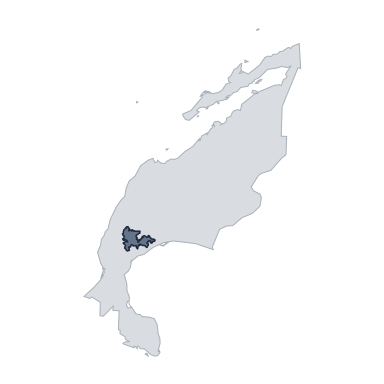 Mexico, with Puebla highlighted, rotated 92°
{"feature_id": "MEX-2724", "entity_name": "Puebla", "entity_type": "State", "adm_level": 1, "iso_a3": "MEX", "parent_name": "Mexico", "parent_adm1": "", "projection": "mercator", "projection_center": [-97.844, 19.359], "detail": "fine", "context": "in_parent", "style": "filled", "palette": "slate", "viewbox_px": 384, "rotation_deg": 92, "n_neighbors": 0, "source": "natural_earth", "source_scale": "10m", "svg_char_len": 8798}
<svg xmlns="http://www.w3.org/2000/svg" viewBox="0 0 384 384"><g transform="rotate(92 192 192)"><path d="M39.9,90.0L65.0,87.7L63.9,90.3L103.5,104.9L133.1,104.8L133.1,99.3L151.5,99.4L154.7,103.3L167.6,113.9L170.7,122.7L173.0,126.1L184.9,133.0L188.8,130.4L191.7,123.9L195.3,122.5L203.9,123.6L211.1,130.8L215.9,141.0L224.2,150.2L224.7,156.0L228.3,163.1L246.4,169.8L248.8,168.8L243.4,186.9L241.6,208.4L242.4,212.9L247.1,219.0L246.1,222.3L246.4,219.0L242.5,213.8L243.7,218.6L248.4,228.5L256.1,238.0L257.8,243.8L263.1,249.8L261.7,249.6L264.7,251.1L263.8,250.2L269.4,250.9L273.4,253.0L276.9,256.8L286.4,253.9L293.4,253.5L298.0,251.2L302.9,250.8L303.9,251.6L303.6,252.8L307.5,253.6L310.2,251.8L309.5,248.7L308.2,249.5L308.5,248.9L315.8,243.7L316.3,239.5L318.4,237.1L318.5,230.3L319.9,225.3L325.5,222.3L335.3,220.7L339.6,219.0L344.4,218.6L352.3,220.4L353.0,219.2L350.9,219.2L353.6,218.4L356.8,220.7L357.3,223.7L355.7,227.8L350.5,234.0L350.3,238.1L347.8,240.6L348.2,241.5L350.5,241.2L348.1,243.7L348.1,244.8L349.7,244.5L346.5,254.7L345.7,255.7L344.1,253.3L343.7,249.5L341.4,253.5L339.0,253.8L336.1,259.0L332.6,259.0L332.3,260.7L313.2,260.7L313.2,266.9L308.8,266.8L319.2,276.3L318.9,279.7L305.4,279.8L300.5,288.4L301.9,290.6L300.2,296.3L290.5,286.5L282.6,280.0L277.8,277.4L277.3,278.1L281.7,280.3L274.8,278.3L275.3,276.8L273.5,277.4L272.3,276.0L271.1,277.5L273.4,278.3L269.9,278.6L266.4,280.8L255.5,284.3L248.4,281.5L242.5,280.9L238.5,278.3L234.5,277.2L231.9,274.7L222.2,272.7L210.1,267.4L202.3,262.5L198.9,259.1L190.8,258.0L183.0,255.1L178.1,249.5L167.4,244.2L161.7,236.8L159.7,232.2L164.0,230.1L163.3,228.1L161.4,227.5L164.2,224.0L164.5,219.9L162.2,218.4L159.9,214.3L160.0,210.5L158.4,207.0L152.0,200.6L146.5,192.8L137.8,186.0L140.3,187.3L140.4,185.8L135.8,184.4L132.4,179.0L134.8,179.2L128.1,175.5L127.1,173.7L124.6,174.4L124.2,173.5L126.1,171.4L122.8,173.1L120.9,171.5L120.4,168.0L122.8,164.8L123.7,165.4L122.0,162.1L119.8,160.0L117.0,160.1L115.0,155.7L111.5,154.7L109.4,152.9L108.0,149.0L108.9,146.5L102.7,145.3L91.8,132.7L91.2,129.7L89.6,128.8L82.4,113.1L81.8,108.2L82.6,106.6L76.5,104.6L75.1,102.0L73.1,101.1L71.0,102.6L62.8,97.8L64.3,100.9L63.4,106.9L65.2,111.7L66.8,120.7L75.2,128.6L77.8,133.8L79.1,133.6L79.7,135.2L80.9,135.4L82.1,138.8L84.4,139.8L85.8,146.9L90.1,150.5L91.5,154.5L93.5,155.7L94.9,160.4L96.7,161.6L95.6,158.1L98.0,160.1L100.9,170.8L103.6,173.8L107.2,181.5L106.7,184.7L107.5,187.5L110.6,190.3L111.7,187.5L120.5,197.4L119.7,201.0L116.3,203.7L114.4,204.0L110.6,195.9L96.8,185.0L95.6,185.2L92.7,181.8L92.2,179.4L92.9,174.3L91.7,169.4L89.6,165.8L82.8,161.5L81.4,157.3L80.2,159.1L76.8,159.9L74.3,157.0L67.9,154.1L66.9,151.6L62.2,148.0L61.8,146.7L66.6,147.4L69.5,146.4L69.4,147.5L71.9,148.7L70.9,145.8L69.8,145.6L72.1,139.8L62.8,128.8L55.1,123.9L53.7,121.4L53.6,117.3L51.7,115.9L51.0,111.2L48.6,109.2L48.2,106.3L44.8,101.9L44.1,99.8L45.2,98.4L42.8,96.6L39.9,90.0ZM91.4,132.9L90.6,135.7L88.1,134.8L89.1,130.5L90.5,130.1L91.4,132.9ZM81.4,132.3L77.9,129.3L76.9,126.1L78.7,127.1L79.1,128.9L80.9,129.4L81.4,132.3ZM355.6,233.2L354.7,232.3L355.2,231.1L357.4,230.1L355.6,233.2ZM92.9,185.2L90.4,182.4L91.8,176.6L91.5,181.8L92.9,185.2ZM60.4,144.0L58.4,143.6L59.7,140.5L60.6,142.8L60.4,144.0ZM28.2,133.7L26.6,131.6L26.9,130.7L27.5,130.8L28.2,133.7ZM95.0,185.2L96.5,187.4L93.4,185.3L95.0,185.2ZM151.0,218.5L150.7,219.5L149.9,219.1L149.6,217.5L151.0,218.5ZM108.2,179.4L108.8,181.2L107.1,179.0L108.2,179.4ZM102.1,167.9L103.0,168.6L101.6,170.2L102.1,167.9ZM104.9,250.5L104.2,250.7L103.3,250.1L104.1,249.2L104.9,250.5ZM306.3,250.8L304.6,251.2L307.5,250.3L306.3,250.8ZM116.6,189.3L115.7,189.1L115.6,187.5L116.6,189.3Z" fill="#d9dde1" stroke="#a8b0b8" stroke-width="1"/><path d="M233.2,247.4L233.2,247.1L233.1,246.9L233.1,246.7L233.1,245.8L233.2,245.7L233.3,245.5L233.2,245.0L233.1,244.4L232.9,243.7L232.9,243.3L233.0,243.0L233.0,242.8L233.1,242.6L234.2,242.8L234.5,242.8L234.6,242.7L234.8,242.6L235.0,242.8L235.1,243.2L235.3,243.6L235.4,243.8L235.5,243.9L235.6,244.0L235.9,244.2L236.0,244.4L236.2,245.0L236.3,245.1L236.5,245.3L236.8,245.5L237.3,245.8L237.7,246.4L237.9,246.5L238.1,246.4L238.3,246.3L238.5,246.2L238.8,246.1L239.0,245.9L239.4,245.3L239.7,245.4L240.7,245.9L240.9,245.9L241.1,245.8L241.5,245.5L241.5,245.3L241.4,245.1L241.2,244.9L241.1,244.7L241.3,244.5L241.5,244.4L241.7,244.2L242.3,244.4L242.6,244.4L242.8,244.3L243.1,244.5L243.4,244.5L243.7,244.3L243.9,244.1L244.0,243.8L243.9,243.6L243.7,243.5L243.4,243.5L243.2,243.5L243.1,243.4L242.9,243.2L242.4,242.7L242.2,242.6L241.9,242.6L241.7,242.8L241.5,242.7L241.4,242.5L241.4,242.3L241.2,242.3L241.2,242.2L241.4,242.0L241.5,241.9L241.6,241.6L241.3,241.4L240.8,241.3L240.5,241.2L240.4,241.1L240.1,240.8L239.9,240.7L239.6,240.6L239.6,240.3L239.6,240.0L239.5,239.7L239.3,239.5L239.2,239.7L239.2,240.0L238.8,240.2L238.4,240.2L238.1,239.8L237.9,239.4L237.4,238.5L237.3,238.2L237.5,237.7L237.8,237.2L238.1,236.9L238.2,236.5L238.3,236.2L238.7,235.8L238.9,235.6L238.9,235.4L238.6,235.0L238.6,234.6L238.5,234.2L238.2,234.1L237.9,234.1L237.4,234.3L237.3,234.2L237.1,234.1L237.0,233.8L237.2,233.6L237.3,233.2L237.6,233.0L238.1,232.9L238.7,232.2L239.4,231.8L239.9,231.1L240.1,231.1L240.2,230.9L240.3,230.8L240.4,230.4L240.5,230.2L240.5,229.7L240.4,229.2L240.3,228.9L240.5,228.8L240.6,228.7L240.6,228.4L240.9,228.2L241.0,228.1L241.0,227.9L241.0,227.5L241.1,227.4L241.3,227.3L241.6,227.5L242.0,227.4L242.2,227.5L242.5,227.7L242.6,227.9L242.6,228.1L242.6,228.6L242.7,228.8L242.9,229.2L243.0,229.4L242.8,229.6L243.0,229.8L243.4,229.8L243.6,229.8L244.0,229.9L244.2,230.1L244.4,230.3L244.5,230.6L244.5,230.9L244.5,231.0L244.4,231.1L244.0,231.7L243.9,231.9L243.7,231.9L243.3,231.5L243.1,231.4L242.9,231.5L242.6,231.7L242.3,231.7L242.2,231.8L242.3,232.1L242.4,232.3L242.3,232.5L242.4,232.8L242.4,233.1L242.2,233.3L242.3,233.5L242.8,233.8L243.0,234.1L243.1,234.3L243.2,234.5L243.3,234.6L243.5,234.6L243.9,234.4L244.0,234.5L244.1,235.0L244.3,235.2L244.6,235.1L244.9,234.8L245.3,234.3L245.3,234.1L245.5,233.9L246.2,233.7L246.4,233.7L246.6,233.8L247.2,234.3L247.9,234.6L248.4,234.8L248.8,234.9L249.0,235.2L248.8,235.7L248.2,236.2L248.0,236.5L247.7,236.8L247.4,237.2L247.1,237.7L247.1,237.9L247.2,238.7L247.2,239.3L247.0,239.9L246.7,240.3L246.4,240.5L246.3,241.3L246.5,241.4L246.6,241.5L246.6,241.8L246.9,242.1L247.0,242.3L246.9,242.5L246.7,242.6L246.2,242.6L246.2,242.9L246.3,243.0L246.7,243.0L246.8,243.0L247.1,243.3L247.4,243.2L247.6,243.2L247.7,243.4L248.0,243.9L248.2,244.0L248.6,244.1L249.2,244.3L249.4,244.2L249.6,244.1L249.9,244.1L250.1,244.2L250.4,244.4L250.6,244.5L250.3,244.8L250.0,245.2L249.8,245.3L249.6,245.3L249.4,245.4L249.4,245.6L249.2,245.7L248.8,245.5L248.6,245.5L248.2,245.7L248.1,245.8L247.7,245.8L247.5,246.1L247.6,246.5L247.8,247.5L247.8,247.8L247.8,248.1L248.0,248.6L248.0,248.8L247.9,248.9L247.5,249.0L247.4,249.1L247.2,249.5L246.9,249.7L246.8,250.0L246.8,250.4L246.9,250.7L247.1,251.1L247.3,251.3L247.6,251.4L248.1,251.2L248.4,251.4L248.8,251.4L248.9,251.5L249.1,251.7L249.1,252.1L249.4,252.4L249.4,252.6L249.3,253.0L249.2,253.2L249.3,253.3L249.5,253.4L249.8,253.3L250.0,253.4L250.5,253.0L250.9,252.9L251.3,252.8L251.8,252.7L252.2,252.6L252.5,252.6L252.6,252.8L252.6,253.4L252.7,253.6L253.1,254.0L253.2,254.4L252.9,254.9L252.7,255.4L252.6,255.5L252.2,255.8L251.6,256.0L251.1,256.4L250.9,256.7L250.7,257.1L250.4,257.3L250.1,257.3L249.1,257.1L248.4,256.7L248.2,256.7L247.7,256.8L247.1,257.1L246.7,257.4L246.3,257.9L246.0,258.6L245.9,258.8L245.6,258.9L245.3,258.8L245.2,258.7L244.8,258.1L244.8,257.6L244.7,257.5L244.3,257.3L244.0,257.1L243.8,256.9L243.7,256.8L243.7,256.4L243.8,256.0L244.0,255.1L244.0,254.7L243.7,254.8L243.3,255.2L243.1,255.2L242.9,255.2L242.8,255.3L242.1,256.6L241.9,257.0L241.9,257.3L242.0,257.5L242.4,257.8L242.6,258.1L242.7,258.3L242.7,258.6L242.6,258.8L242.0,259.3L241.9,259.4L241.4,259.6L241.2,259.6L241.1,259.4L241.0,259.0L240.9,258.4L240.7,258.3L239.9,258.4L238.5,258.4L238.2,258.4L238.1,258.5L237.9,259.0L237.7,259.3L237.4,259.6L237.0,259.6L236.7,259.5L236.3,259.9L235.7,259.2L235.4,259.1L234.8,259.2L234.5,259.2L234.1,259.2L233.7,259.1L233.4,259.0L232.5,258.8L232.1,258.6L231.7,258.3L231.4,257.9L231.2,257.4L230.4,257.2L230.2,257.0L230.2,256.5L229.8,256.6L229.6,256.5L229.5,256.4L229.4,256.3L229.4,256.1L229.1,256.1L229.1,255.9L229.0,255.5L229.0,255.0L228.9,254.8L229.2,254.6L229.4,254.5L229.6,254.4L229.9,254.3L230.1,254.2L230.2,253.9L230.4,253.7L230.5,253.7L230.7,253.4L230.9,253.3L231.3,253.2L231.5,253.2L231.7,253.3L231.9,253.4L232.4,253.9L232.6,254.0L232.8,254.0L232.8,253.8L232.8,253.6L232.6,252.7L232.3,252.1L232.2,251.6L232.1,251.4L232.1,251.0L232.7,251.1L232.9,251.1L233.0,250.9L232.8,250.6L232.6,250.3L232.5,250.2L232.4,250.0L232.5,249.9L232.2,249.7L232.7,249.2L233.0,248.8L233.0,248.7L232.8,248.5L232.8,248.3L232.9,248.2L233.1,248.2L233.2,247.4Z" fill="#64748b" stroke="#1e293b" stroke-width="1.5"/></g></svg>